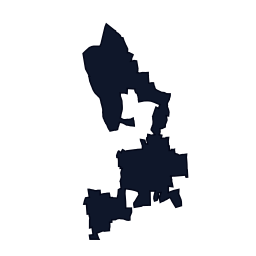 Uayma, Yucatán, Mexico (Robinson projection), rotated 352°
{"feature_id": "50627088B22257473045304", "entity_name": "Uayma", "entity_type": "district", "adm_level": 2, "iso_a3": "MEX", "parent_name": "Mexico", "parent_adm1": "Yucatán", "projection": "robinson", "projection_center": [-88.359, 20.788], "detail": "fine", "context": "isolated", "style": "filled", "palette": "ink", "viewbox_px": 256, "rotation_deg": 352, "n_neighbors": 0, "source": "geoboundaries", "source_scale": "gbopen_adm2", "svg_char_len": 5963}
<svg xmlns="http://www.w3.org/2000/svg" viewBox="0 0 256 256"><g transform="rotate(352 128 128)"><path d="M117.1,219.3L117.4,216.6L117.6,215.8L118.0,214.9L118.9,213.5L119.8,211.8L120.0,210.2L120.1,208.5L120.2,207.8L114.6,207.1L115.3,200.4L115.8,192.5L116.3,189.9L116.9,187.8L118.7,188.2L122.8,189.4L126.3,190.8L129.3,192.4L129.7,195.6L127.3,198.5L125.1,201.3L123.4,203.0L123.1,204.8L123.2,207.4L130.8,207.2L131.4,206.6L139.3,207.5L141.0,193.5L146.3,194.2L144.2,199.5L143.8,201.7L144.1,204.0L146.7,203.6L147.8,201.6L148.7,199.5L148.8,196.4L151.6,196.4L149.3,201.6L149.6,206.1L150.8,205.6L153.3,205.1L153.9,204.7L155.8,204.1L156.4,204.0L157.6,203.3L159.9,202.6L160.4,203.4L161.4,206.4L164.3,213.2L170.1,212.3L170.5,208.5L170.4,206.4L168.8,200.0L169.0,200.0L169.8,195.9L164.4,196.4L158.9,197.6L159.9,191.1L160.6,191.4L164.2,192.4L164.0,188.6L163.7,187.4L163.8,187.4L163.9,185.5L164.0,185.2L163.6,185.2L163.9,182.9L164.1,182.1L163.4,181.8L163.5,181.5L167.3,182.0L178.3,182.6L178.7,184.8L180.2,184.9L180.8,177.7L180.7,176.6L181.2,172.4L181.4,170.0L181.7,165.0L182.4,162.1L179.5,162.1L178.0,161.9L177.0,162.0L175.9,162.0L175.2,162.2L174.5,161.9L173.5,160.9L172.3,160.4L170.9,159.8L170.8,156.7L171.0,155.6L170.7,155.7L167.9,155.3L168.0,156.3L165.7,156.0L165.9,154.8L166.3,151.6L165.5,151.5L165.7,150.5L165.9,146.9L166.3,145.1L166.9,143.0L164.3,142.8L164.1,143.5L159.4,142.8L160.5,139.9L158.0,139.0L159.2,136.3L159.4,133.4L161.0,133.1L162.0,133.1L162.7,132.8L165.0,132.1L165.0,131.7L165.4,129.9L165.5,129.4L165.8,128.9L166.2,128.4L166.9,127.0L167.5,126.0L167.7,125.4L167.6,121.1L169.8,121.7L169.9,121.1L170.1,120.6L170.5,118.8L170.7,118.2L170.6,116.2L170.3,114.1L169.8,112.6L170.1,111.5L170.2,110.8L170.1,109.8L170.3,109.2L171.0,107.9L172.8,105.5L173.0,104.5L173.5,103.6L174.0,102.5L174.2,101.9L174.5,100.1L170.8,99.5L170.0,98.8L168.7,98.0L166.1,97.4L161.7,94.5L160.5,93.4L160.1,92.0L159.9,90.3L159.6,89.7L159.5,86.9L158.6,86.7L158.3,86.7L157.5,86.6L155.8,86.7L154.8,86.4L155.2,80.0L155.4,79.1L155.4,77.8L155.7,75.9L153.0,75.7L150.2,75.2L148.6,75.2L147.8,75.3L147.1,75.3L146.6,75.1L145.3,74.5L144.7,74.4L144.8,74.1L145.5,73.1L145.8,71.4L145.8,71.0L146.0,70.6L145.8,62.8L145.1,62.7L144.3,62.3L143.3,62.1L142.0,62.3L140.1,62.3L140.8,61.5L141.3,59.3L141.8,58.5L142.4,57.5L142.7,57.2L143.2,56.1L142.5,55.6L141.4,54.9L139.9,53.8L138.9,53.4L137.9,53.3L138.6,49.7L137.9,47.3L137.6,46.7L137.5,45.9L137.1,45.3L136.8,43.8L136.2,41.8L136.0,40.9L135.9,40.3L135.5,38.0L134.8,37.9L134.1,37.6L133.7,37.4L133.4,36.7L133.3,35.8L133.0,35.2L131.9,33.8L131.2,32.9L130.7,32.6L129.2,31.3L129.2,30.4L129.1,30.1L127.8,29.1L121.0,21.9L119.4,24.7L113.1,40.8L111.6,43.2L105.6,42.3L103.5,42.4L100.9,43.1L96.6,46.0L93.9,48.0L94.3,63.6L97.1,71.4L96.4,71.4L96.6,72.5L96.7,74.1L96.7,75.2L96.8,76.6L97.0,77.0L97.0,77.5L97.3,78.3L97.3,78.8L97.5,79.8L98.3,82.7L98.3,83.1L98.5,83.8L98.9,85.5L99.3,86.2L99.5,87.0L100.4,88.8L100.7,89.3L101.8,90.6L102.6,91.8L104.1,93.7L104.4,94.3L104.6,94.8L104.9,97.1L105.0,99.5L105.2,100.5L105.7,105.5L105.6,107.2L105.2,109.1L105.2,110.5L105.0,112.3L104.9,112.6L104.9,113.5L105.1,114.2L105.1,114.9L105.4,115.5L105.6,116.2L105.9,117.8L106.2,118.6L106.5,119.2L106.7,120.2L107.3,121.2L107.6,122.0L108.3,124.8L108.8,126.2L109.2,127.1L109.7,127.7L109.8,128.5L113.6,128.2L114.5,128.1L115.2,128.3L115.8,128.3L117.4,128.0L118.2,125.8L119.0,124.3L119.4,123.4L119.7,122.6L120.0,122.0L120.1,121.8L120.5,121.2L122.1,121.6L123.8,122.4L125.5,123.6L127.0,124.8L128.5,125.1L129.5,125.5L130.5,125.9L132.7,126.4L134.5,126.9L134.6,126.1L134.6,124.4L134.7,122.2L134.7,121.7L134.4,120.6L134.5,118.9L133.3,119.2L132.4,119.6L131.9,119.7L130.8,119.7L129.6,119.7L128.4,119.4L127.2,119.5L125.4,119.3L124.4,119.0L121.8,117.1L122.8,113.8L123.5,111.9L124.2,110.4L124.8,108.6L125.1,106.7L125.3,104.6L125.4,103.0L125.6,101.0L125.6,99.8L125.1,97.2L125.1,96.8L124.9,96.3L124.8,95.9L124.8,94.9L125.1,92.8L125.1,92.2L129.2,92.7L131.9,93.8L132.8,88.7L140.1,90.2L140.2,91.1L140.1,91.9L140.6,94.0L140.8,94.3L141.9,95.0L142.4,98.2L142.5,100.9L142.3,101.1L142.3,103.6L147.6,103.3L150.7,103.6L152.8,104.0L153.7,104.3L154.6,104.5L158.0,106.3L158.7,106.8L162.8,109.2L161.0,112.9L158.6,111.2L157.2,113.8L154.5,119.3L154.0,119.9L154.1,121.1L153.9,122.5L153.9,125.0L153.7,126.1L153.2,128.2L152.4,129.4L152.2,129.9L150.9,132.2L150.7,133.1L152.0,135.1L153.7,138.3L150.0,138.5L149.2,138.2L148.6,137.7L146.7,137.1L146.0,140.5L145.2,140.4L145.0,141.4L145.0,142.7L145.0,143.5L145.3,145.1L145.2,146.6L143.3,146.1L143.1,145.1L143.0,143.3L143.0,142.5L141.0,141.8L138.8,141.1L138.8,142.4L139.3,144.1L139.6,146.3L139.9,147.5L139.3,151.0L134.1,150.6L133.2,150.7L131.6,150.6L123.3,150.5L122.8,150.9L121.4,150.3L120.7,149.5L119.6,148.7L119.1,149.3L117.7,151.5L115.7,149.5L115.0,149.9L113.0,153.6L112.9,155.6L114.5,156.3L114.2,157.6L114.2,158.2L114.1,159.4L113.4,164.6L115.3,165.4L114.7,166.9L116.7,167.2L116.2,168.1L115.0,170.7L114.7,171.6L114.7,175.7L112.8,179.9L113.1,180.4L112.8,187.1L111.7,187.1L109.9,187.8L109.8,188.4L109.3,190.7L108.9,192.4L108.4,193.7L108.1,194.6L107.7,195.4L106.9,196.0L106.5,196.0L105.4,195.4L104.4,195.5L104.1,195.5L103.3,194.9L103.0,194.7L102.2,194.7L101.9,194.7L101.4,194.4L100.2,194.1L100.4,193.1L100.4,191.6L100.3,190.0L98.2,189.8L96.4,189.9L95.7,189.8L94.3,189.8L92.2,190.0L91.2,190.2L91.3,189.1L91.5,188.1L91.5,186.8L91.6,185.9L90.3,185.7L88.8,185.6L88.1,185.8L87.2,185.6L86.9,185.6L86.0,185.3L84.9,184.7L83.2,184.2L81.2,183.4L80.0,183.2L80.1,191.2L76.3,191.3L74.9,194.0L73.6,197.3L74.6,197.4L76.3,197.6L75.6,207.6L77.3,207.7L77.6,208.5L77.4,209.4L77.7,211.4L77.7,212.1L77.2,214.0L76.1,221.6L78.6,221.3L78.6,228.9L74.9,228.8L74.9,232.8L83.8,234.1L83.4,232.9L82.3,227.8L88.8,226.3L90.2,226.8L95.3,227.0L95.5,225.3L96.2,223.4L96.4,221.7L96.7,218.8L98.8,219.0L99.2,216.5L100.9,216.8L102.8,217.0L104.1,216.5L105.2,216.3L106.0,216.3L106.5,216.2L107.0,216.3L108.1,216.7L110.6,217.2L111.3,217.5L111.8,217.8L114.1,219.0L115.8,219.4L117.1,219.3Z" fill="#0f172a" stroke="#020617" stroke-width="1.5"/></g></svg>